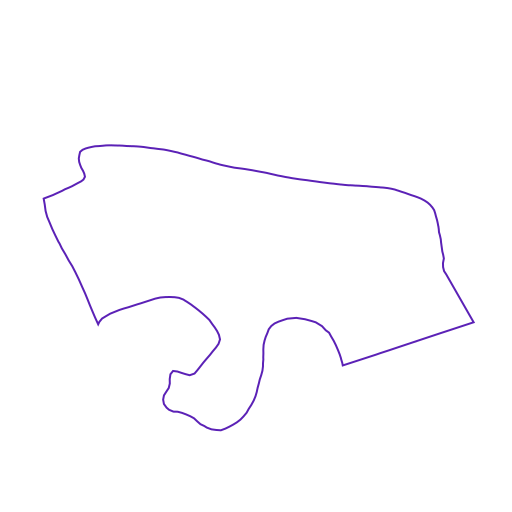 Nu'man, Al Bayda', Yemen (orthographic projection), rotated 252°
{"feature_id": "15242507B35371213994170", "entity_name": "Nu'man", "entity_type": "district", "adm_level": 2, "iso_a3": "YEM", "parent_name": "Yemen", "parent_adm1": "Al Bayda'", "projection": "orthographic", "projection_center": [45.536, 14.622], "detail": "fine", "context": "isolated", "style": "outline", "palette": "violet", "viewbox_px": 512, "rotation_deg": 252, "n_neighbors": 0, "source": "geoboundaries", "source_scale": "gbopen_adm2", "svg_char_len": 3948}
<svg xmlns="http://www.w3.org/2000/svg" viewBox="0 0 512 512"><g transform="rotate(252 256 256)"><path d="M125.7,442.5L179.9,431.2L183.5,430.2L187.6,430.5L191.4,431.6L195.6,433.9L199.5,434.4L202.7,434.6L207.2,435.4L211.7,436.2L214.8,436.9L219.0,437.3L222.1,437.4L225.0,438.1L227.7,438.6L228.2,438.6L231.2,439.0L234.5,439.3L238.1,439.4L241.2,439.6L244.6,439.6L247.5,438.8L250.9,437.4L253.8,435.7L256.7,433.4L259.7,430.5L261.8,428.0L263.9,425.3L265.9,422.5L267.9,419.9L270.1,417.1L272.0,414.4L274.1,411.6L275.0,410.3L276.3,408.6L278.2,405.4L279.9,402.2L281.7,398.3L282.9,395.2L283.1,394.9L284.5,391.5L286.2,387.3L287.7,383.9L288.1,383.1L289.6,379.1L291.0,375.7L292.4,371.9L293.6,369.0L294.8,365.6L296.3,362.1L297.7,359.0L297.7,358.9L299.2,355.6L300.8,352.2L302.3,348.7L304.4,344.3L306.5,339.8L308.4,336.0L310.5,331.6L312.3,328.0L314.0,324.3L315.4,321.3L317.1,317.9L318.8,314.5L319.0,314.1L320.4,311.6L322.0,308.5L324.1,304.8L325.8,301.6L327.4,299.0L329.6,295.3L331.8,291.7L333.7,288.2L334.0,287.6L335.4,285.0L337.2,281.7L338.7,279.0L340.6,275.3L342.2,272.2L343.8,268.9L345.1,266.1L346.7,262.7L348.8,259.0L350.6,255.9L352.5,252.6L354.2,249.8L355.0,248.7L356.4,246.5L358.4,243.7L360.3,241.2L362.0,238.6L364.3,234.8L366.6,231.6L368.4,229.0L370.1,226.4L371.8,223.7L374.1,220.3L376.4,216.7L377.7,214.8L378.6,213.6L380.2,210.8L382.0,207.8L383.9,204.5L385.4,201.8L386.0,200.6L386.9,198.6L388.3,195.5L390.0,192.0L391.2,189.2L392.9,185.8L394.4,182.8L395.8,179.6L397.2,176.2L398.3,173.3L398.6,172.4L399.4,170.2L400.6,166.9L402.0,163.6L403.1,160.7L404.4,156.9L405.2,154.7L405.6,153.6L405.9,152.9L406.7,150.2L406.9,149.7L407.6,147.2L408.3,143.9L409.1,140.5L409.2,140.1L410.1,136.8L410.5,133.5L410.8,130.0L410.9,127.0L410.8,126.1L410.6,123.9L409.4,120.9L406.6,119.2L403.5,117.6L400.1,116.9L397.0,116.9L393.8,117.1L390.5,117.8L389.6,117.9L387.5,118.1L386.2,118.0L384.2,117.8L382.0,115.5L381.5,114.1L381.0,112.6L380.5,109.5L379.8,105.7L379.2,102.5L378.8,98.9L378.5,94.9L377.9,91.8L377.5,88.4L377.1,84.9L376.7,81.6L376.3,73.2L376.2,71.8L370.4,71.0L363.8,69.8L357.7,69.5L351.0,70.1L344.6,70.6L337.6,71.5L330.6,72.5L328.6,73.0L323.3,73.7L316.7,75.2L309.6,76.5L303.1,78.1L297.5,79.0L297.0,79.1L288.3,80.3L280.5,81.1L273.4,81.9L266.8,82.4L260.6,82.8L254.5,83.3L247.7,83.9L239.8,84.8L241.8,86.7L244.1,90.3L245.2,95.0L246.2,99.5L246.5,103.7L246.9,109.4L246.9,114.0L246.7,118.9L246.7,124.0L246.7,127.5L246.7,128.5L246.6,131.6L246.6,133.5L246.6,138.0L246.6,142.3L246.6,147.0L246.1,152.2L244.9,157.2L243.7,161.2L241.9,166.0L240.0,169.8L237.0,173.5L235.6,174.6L233.5,176.4L229.7,179.4L227.5,180.9L225.7,182.2L222.0,184.7L217.7,187.4L213.7,189.7L209.6,191.9L204.9,193.3L200.8,194.7L196.6,195.8L192.4,196.4L191.4,196.3L187.8,196.0L184.0,193.2L181.3,189.6L178.7,185.4L176.2,181.7L173.5,177.2L170.9,173.0L168.0,168.7L165.4,164.8L163.2,161.2L163.1,156.1L165.4,152.5L167.8,149.1L170.4,145.6L172.3,141.6L170.0,138.1L165.6,135.9L161.3,134.6L157.4,132.2L154.7,128.8L151.9,125.4L148.1,123.3L143.7,122.7L139.4,124.1L136.6,125.8L133.5,129.4L132.1,133.4L129.7,137.1L127.0,140.5L123.9,144.0L120.8,146.9L117.1,148.9L113.2,151.2L110.3,154.3L108.0,156.2L104.9,160.1L102.8,164.5L101.1,168.7L101.3,173.5L101.9,177.9L102.7,182.2L103.7,186.4L105.2,190.6L107.2,194.4L109.8,198.6L112.9,201.9L115.8,205.5L119.3,209.2L122.8,212.2L126.3,214.6L130.1,216.8L133.9,219.3L137.5,221.5L141.0,224.1L144.8,226.6L148.8,228.5L151.8,229.5L155.3,231.0L157.4,231.6L161.0,232.9L164.9,234.1L169.2,235.8L172.9,238.0L176.0,240.2L179.2,243.0L182.4,245.5L184.7,248.9L186.1,252.8L186.3,254.5L186.6,257.2L186.7,262.1L186.7,266.4L185.7,270.8L184.7,275.2L180.7,283.1L176.9,288.9L174.5,292.3L168.9,297.1L163.8,299.4L160.5,301.8L156.2,302.6L151.3,303.7L146.5,304.4L141.2,304.9L136.6,305.2L132.4,305.2L131.7,305.1L127.6,305.0L125.1,304.7L125.1,324.8L125.1,334.6L125.1,339.9L125.2,343.9L125.2,352.9L125.3,363.6L125.5,391.8L125.6,408.3L125.6,409.4L125.6,411.0L125.7,442.5Z" fill="none" stroke="#5b21b6" stroke-width="2"/></g></svg>